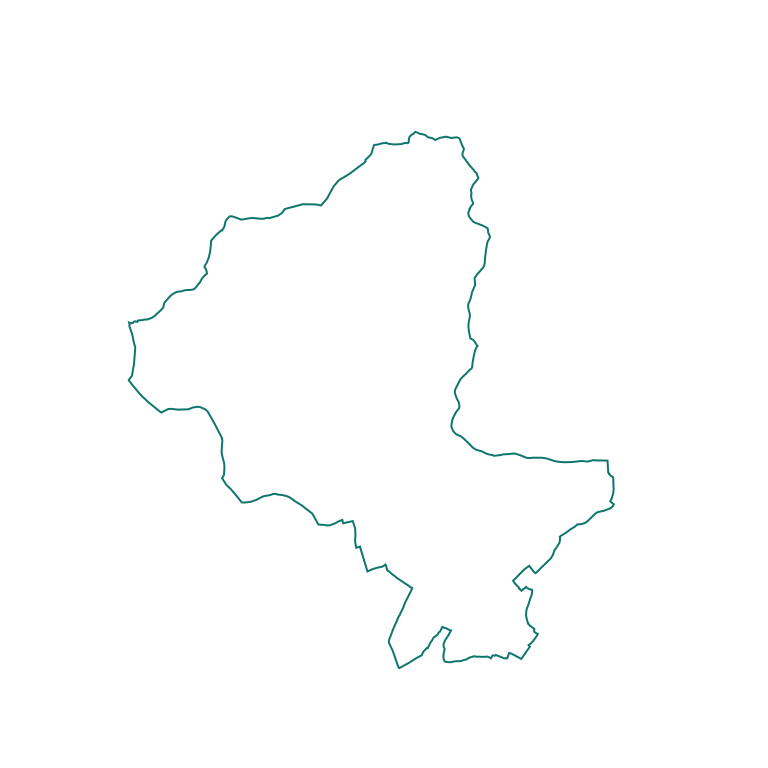 outline of Camarasu, Cluj, Romania, rotated 293°
{"feature_id": "2599482B70650065954419", "entity_name": "Camarasu", "entity_type": "district", "adm_level": 2, "iso_a3": "ROU", "parent_name": "Romania", "parent_adm1": "Cluj", "projection": "mercator", "projection_center": [24.122, 46.788], "detail": "fine", "context": "isolated", "style": "outline", "palette": "teal", "viewbox_px": 768, "rotation_deg": 293, "n_neighbors": 0, "source": "geoboundaries", "source_scale": "gbopen_adm2", "svg_char_len": 6166}
<svg xmlns="http://www.w3.org/2000/svg" viewBox="0 0 768 768"><g transform="rotate(293 384 384)"><path d="M606.9,291.7L604.7,288.1L601.7,284.3L600.2,281.5L596.0,281.8L591.2,282.4L589.2,281.9L582.8,279.3L581.9,280.0L580.0,279.5L574.6,276.2L564.4,270.4L554.0,262.9L546.3,260.4L532.4,259.1L523.8,256.3L522.6,250.9L517.8,239.1L506.4,224.4L501.7,223.3L497.6,220.7L491.8,213.6L491.3,211.4L489.6,209.3L488.4,207.3L485.1,197.2L481.8,192.0L480.7,190.4L479.5,188.2L479.3,182.2L479.0,179.0L478.3,176.9L478.0,176.5L474.6,175.1L471.8,174.6L466.4,175.6L462.1,175.0L462.0,174.3L456.2,171.5L450.4,169.4L448.3,168.9L441.9,171.1L437.4,172.3L432.1,173.3L426.4,173.4L424.1,173.0L421.9,172.9L421.4,173.1L421.1,173.5L420.4,175.0L417.6,177.3L416.2,177.9L415.2,177.2L411.7,175.8L409.0,175.1L405.9,174.9L398.3,172.7L396.5,171.5L395.5,170.0L392.8,164.6L390.8,161.8L390.2,161.4L388.4,158.1L386.9,156.4L384.4,154.5L381.9,153.1L373.8,150.3L372.0,150.1L368.6,150.8L367.1,150.7L362.3,148.7L359.8,147.4L357.3,146.5L354.3,144.5L351.1,141.2L349.5,138.0L348.3,136.4L346.3,132.7L345.3,132.8L344.8,132.6L344.5,130.5L344.0,129.8L343.0,129.3L342.1,129.1L341.8,128.3L340.7,126.8L340.9,125.4L339.2,126.6L337.9,126.9L332.2,132.0L329.3,134.3L324.9,137.2L320.8,140.5L319.3,141.2L304.0,146.3L302.1,146.6L293.2,148.8L292.5,148.7L288.2,147.5L287.7,147.6L284.8,152.7L279.8,162.5L278.0,166.4L275.2,174.1L270.7,189.8L270.8,190.2L276.6,195.1L278.0,197.9L279.9,204.3L284.2,213.7L285.2,214.8L287.6,217.1L290.4,221.7L290.8,223.4L290.9,225.4L290.8,229.3L290.1,232.0L280.5,244.5L271.1,255.8L268.1,257.6L265.0,258.5L257.4,261.3L253.8,263.8L248.8,267.7L245.1,269.6L238.0,272.2L234.0,271.8L229.5,278.4L227.3,284.2L222.2,294.3L219.6,298.9L219.5,299.8L220.3,301.6L221.9,304.7L223.6,307.5L227.4,311.7L232.9,316.3L233.8,317.2L236.7,321.8L239.6,325.2L240.5,327.1L240.8,329.6L242.2,334.5L242.8,338.4L242.8,339.8L242.7,342.1L242.0,345.4L241.4,347.4L240.2,355.6L238.8,360.5L236.7,368.7L229.1,378.4L229.2,379.2L230.7,383.4L231.7,387.2L232.8,389.5L236.8,393.6L239.5,395.6L242.0,398.0L242.6,398.7L239.8,400.8L245.6,408.8L239.5,414.1L232.7,417.2L230.4,417.9L226.5,419.6L222.4,422.5L224.9,425.4L205.0,442.0L209.0,445.7L212.6,450.0L214.4,452.8L216.1,454.6L218.4,455.9L217.1,457.4L215.4,458.3L214.8,459.4L213.8,459.7L213.1,462.9L212.1,465.6L211.6,468.2L210.5,471.6L208.2,484.1L207.5,486.9L207.3,488.1L207.4,489.6L204.9,489.8L190.5,488.8L185.2,489.1L179.8,488.7L178.2,488.8L175.8,488.4L162.5,488.2L150.3,488.7L149.0,489.0L148.2,489.4L147.4,490.0L141.8,496.3L129.5,507.4L128.4,508.8L128.5,509.1L137.3,516.1L144.6,521.1L149.2,524.8L152.4,524.7L154.9,525.5L158.0,526.8L158.0,527.5L164.5,527.8L166.8,528.4L169.9,528.7L173.8,531.1L174.9,531.5L176.5,531.3L177.9,532.3L183.2,532.6L183.2,535.5L183.4,536.7L183.1,540.5L183.3,542.0L176.8,541.3L172.8,540.4L168.5,540.4L167.3,540.6L165.2,541.8L163.8,543.3L163.2,543.6L161.0,543.8L157.2,544.8L154.4,546.1L154.0,546.7L152.3,548.2L152.3,548.9L153.3,552.5L154.1,554.3L155.8,556.6L157.7,560.1L158.1,561.3L159.1,563.1L161.4,565.7L162.4,567.2L164.6,568.8L166.4,570.5L168.8,573.7L169.0,575.6L170.0,577.6L170.7,579.8L172.4,583.7L173.5,585.7L173.6,586.9L173.2,589.6L176.6,590.0L177.2,592.2L178.2,592.8L178.5,601.8L179.2,603.3L179.6,604.6L185.3,604.3L185.6,606.6L184.6,617.8L199.3,620.9L200.1,619.1L202.7,620.6L205.8,621.8L212.1,623.1L214.0,623.2L214.2,620.7L214.6,619.2L215.9,618.4L217.3,618.1L218.6,612.6L219.7,610.2L220.1,610.3L220.9,609.3L223.7,607.0L226.3,605.3L228.1,604.5L232.3,603.3L237.6,603.1L243.4,602.5L247.2,602.3L250.7,601.6L252.4,600.7L252.1,599.1L252.0,597.0L252.2,595.2L252.7,593.9L251.1,593.4L249.6,592.3L247.4,591.4L248.2,589.5L248.3,588.5L248.6,588.1L249.2,587.9L251.8,582.0L253.3,579.7L266.7,585.0L268.3,585.7L273.4,588.7L269.5,595.5L269.1,597.4L270.5,598.1L289.0,605.8L292.7,606.2L298.1,605.9L300.3,606.6L306.0,607.5L307.6,607.3L311.0,606.3L311.9,605.5L313.2,606.0L317.4,609.1L322.8,612.3L327.2,615.4L330.4,616.9L331.4,619.2L332.1,620.4L334.9,623.6L338.0,625.3L346.9,629.0L349.4,630.6L353.7,636.5L358.1,641.0L359.6,641.8L361.3,642.5L363.0,642.6L364.2,638.4L364.4,638.1L366.8,638.3L370.8,638.0L373.7,637.5L378.0,636.1L379.5,635.2L386.9,631.8L387.8,631.1L388.0,629.4L388.3,628.0L389.1,626.3L389.6,626.3L390.1,625.0L400.8,619.7L396.6,609.2L395.7,606.4L392.2,601.8L390.3,595.9L385.7,587.7L382.3,580.2L380.5,574.7L380.1,573.0L379.7,570.9L379.0,563.0L378.0,558.8L376.9,555.9L374.4,550.0L372.5,546.5L371.8,544.3L371.7,543.0L371.7,538.2L371.3,532.6L371.0,531.4L369.9,529.1L368.3,526.4L365.9,521.4L364.2,519.2L360.9,513.3L361.0,511.9L360.0,507.3L359.9,504.4L360.3,500.1L359.5,495.3L359.6,493.8L359.9,492.0L360.4,489.9L362.1,486.2L365.2,477.8L365.9,474.9L365.9,470.7L366.1,469.6L366.8,467.9L367.9,465.9L371.2,462.5L376.9,461.0L380.5,460.8L386.7,461.4L391.0,462.6L393.0,462.1L395.2,460.8L396.6,459.8L399.0,456.7L403.2,452.9L405.5,451.9L407.2,451.7L418.2,452.5L421.5,453.7L426.0,455.7L430.6,457.4L432.2,458.4L433.1,458.6L434.2,458.5L437.5,457.4L445.4,455.6L450.3,454.7L454.1,454.8L455.4,455.3L458.7,450.3L459.4,448.9L459.8,445.6L465.2,441.9L469.5,439.4L472.7,438.2L479.5,436.7L481.7,435.8L486.6,432.1L488.8,430.8L490.1,430.5L491.6,430.3L495.2,430.4L497.8,430.2L502.5,429.2L510.8,429.2L517.0,426.0L521.0,426.8L529.6,429.7L531.9,430.0L535.3,429.3L537.9,428.3L546.2,425.8L552.9,424.2L556.1,423.7L558.5,424.2L560.5,424.1L561.5,423.6L563.9,420.9L567.3,418.9L567.9,418.2L568.2,415.7L568.4,413.0L568.1,404.5L568.4,402.4L570.9,397.6L573.1,395.4L574.7,394.6L578.4,394.7L578.7,394.2L582.6,394.9L584.1,395.5L584.8,395.5L585.7,395.0L587.9,392.8L589.6,391.6L591.0,390.8L594.2,389.8L595.9,388.5L597.1,388.1L602.6,388.2L609.2,390.3L610.2,390.4L610.8,390.1L612.9,387.8L614.1,387.0L614.4,386.5L614.9,384.5L616.1,382.9L618.4,377.9L622.8,370.5L624.0,368.2L625.4,366.8L626.4,366.2L631.5,365.8L634.5,362.4L639.2,357.9L639.6,357.2L639.6,355.1L639.3,354.2L636.7,349.7L636.1,345.1L635.1,343.2L632.4,339.3L628.6,335.7L629.2,332.6L628.3,328.1L629.3,324.7L629.1,322.6L628.3,319.3L628.5,316.6L628.3,314.3L626.1,313.5L624.6,312.3L621.9,311.0L620.5,311.0L618.2,311.5L616.3,312.3L615.1,311.9L614.7,311.1L614.0,308.9L611.7,306.4L608.5,299.9L607.0,294.8L606.7,291.9L606.9,291.7Z" fill="none" stroke="#0f766e" stroke-width="2"/></g></svg>